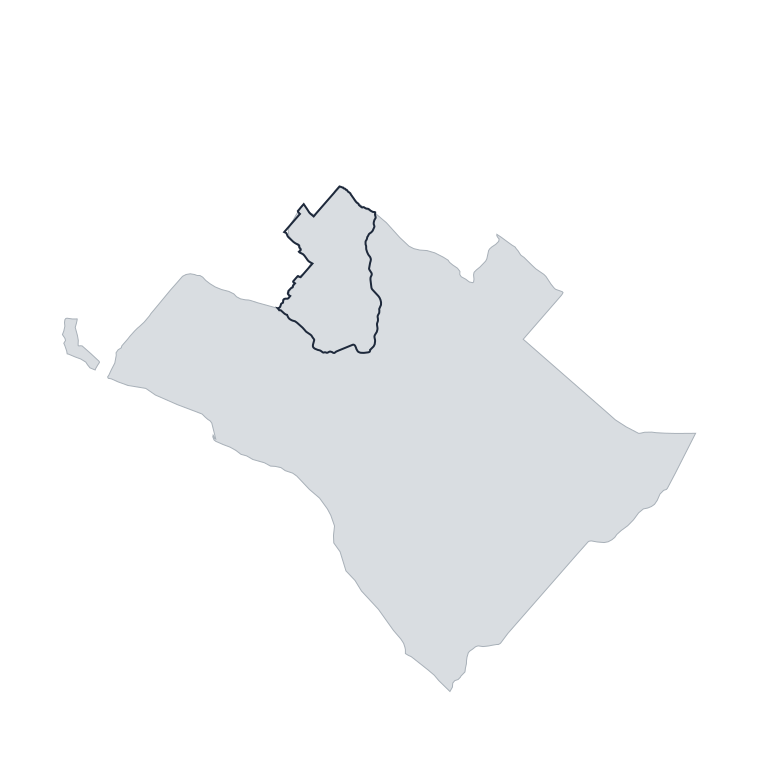 location of Lunda Norte within Angola, rotated 311°
{"feature_id": "AGO-1874", "entity_name": "Lunda Norte", "entity_type": "Province", "adm_level": 1, "iso_a3": "AGO", "parent_name": "Angola", "parent_adm1": "", "projection": "equal_earth", "projection_center": [19.689, -8.666], "detail": "fine", "context": "in_parent", "style": "outline", "palette": "slate", "viewbox_px": 768, "rotation_deg": 311, "n_neighbors": 0, "source": "natural_earth", "source_scale": "10m", "svg_char_len": 8125}
<svg xmlns="http://www.w3.org/2000/svg" viewBox="0 0 768 768"><g transform="rotate(311 384 384)"><path d="M571.0,371.0L571.7,376.5L572.3,384.1L572.8,389.6L573.2,392.0L573.4,393.3L572.9,394.7L572.4,398.0L571.5,400.9L571.0,402.9L571.4,406.6L570.7,417.6L570.5,423.0L571.6,432.7L571.4,435.7L568.9,444.6L568.1,449.0L568.0,451.3L570.6,457.9L570.4,459.2L568.4,459.6L566.7,459.7L509.1,459.7L508.8,572.6L508.7,582.1L510.5,594.8L513.8,608.6L515.2,609.9L518.6,612.4L523.3,617.6L525.9,621.5L531.2,628.3L538.4,637.0L551.2,651.5L507.8,662.4L491.2,666.3L489.7,666.3L487.2,664.8L481.9,664.5L475.6,666.5L470.7,667.1L467.0,666.2L463.4,664.4L459.9,661.7L453.8,660.7L445.2,661.4L436.9,660.9L428.9,659.1L423.1,658.4L419.7,658.8L416.0,658.2L412.0,656.7L408.7,654.1L404.7,648.6L401.6,643.4L400.8,642.7L399.8,641.9L398.8,641.6L381.7,641.4L277.0,641.1L264.9,642.0L264.0,641.8L262.4,641.2L261.4,640.0L257.9,637.1L254.9,634.8L250.8,631.0L248.1,626.8L245.9,625.5L242.0,624.8L239.0,624.0L236.6,623.9L232.4,625.8L229.3,627.8L227.0,629.7L223.1,631.8L219.8,634.0L214.0,633.7L212.8,634.0L209.6,633.8L206.5,632.0L203.4,632.1L200.1,634.5L195.2,635.5L196.1,619.9L197.2,613.0L197.1,604.8L196.1,583.4L195.2,580.5L194.6,577.0L197.6,574.4L199.1,572.4L201.2,568.9L202.6,563.9L204.2,552.9L210.3,527.6L213.0,502.8L216.7,491.1L218.0,477.9L228.6,460.9L231.1,450.4L236.6,445.2L244.4,439.8L250.0,430.0L252.6,423.2L255.6,410.3L255.5,396.8L257.3,378.7L256.8,373.5L253.8,366.3L253.3,361.1L250.5,356.0L247.6,352.2L246.1,345.4L241.0,334.6L239.6,327.4L237.1,322.2L236.7,315.8L235.3,309.1L232.8,302.4L230.4,294.8L230.3,292.4L231.8,289.5L233.3,288.6L232.8,290.0L231.8,291.8L232.1,293.1L241.5,279.7L242.1,277.1L241.7,274.1L241.7,270.6L242.0,266.4L232.9,241.7L225.7,218.7L224.4,207.1L214.9,191.7L211.1,181.8L209.0,174.8L207.4,172.2L208.0,170.8L210.4,170.5L215.8,168.9L223.2,167.1L230.0,163.1L231.8,161.3L235.4,160.9L239.1,162.0L240.5,161.2L241.3,161.1L249.9,161.1L253.5,160.9L260.2,161.0L264.4,161.3L266.8,161.7L273.3,162.4L281.4,162.3L284.3,161.9L294.9,161.7L314.8,161.2L325.2,161.3L333.1,161.3L336.8,162.8L340.1,165.5L341.6,168.0L342.3,169.1L343.3,171.8L345.1,173.9L345.7,177.1L345.2,181.5L345.5,186.8L346.5,192.9L348.7,199.4L352.1,206.2L353.5,211.6L353.1,215.5L354.1,219.8L356.6,224.2L358.4,226.5L359.4,228.3L362.3,235.1L371.4,254.1L372.7,255.0L374.7,254.7L378.9,253.9L383.1,253.7L386.1,255.4L387.3,255.1L391.8,251.9L396.2,250.9L400.9,249.6L403.3,248.2L406.1,248.2L413.8,250.8L415.2,251.0L421.4,251.0L427.5,249.5L428.4,238.6L428.5,236.4L430.0,232.3L431.9,228.8L432.1,225.3L432.0,220.7L433.4,215.0L437.5,210.5L444.2,208.4L448.0,208.0L454.0,206.7L463.1,205.4L466.5,205.6L466.7,206.2L464.8,214.1L464.8,216.6L465.5,219.2L467.0,220.6L485.2,220.9L502.6,221.8L503.6,222.2L504.3,222.7L505.4,226.6L505.2,234.2L503.5,245.3L504.1,255.6L507.1,265.2L507.3,280.0L504.9,299.8L504.4,312.4L505.7,317.7L508.6,323.2L512.9,328.9L516.3,336.3L518.6,345.5L519.5,351.2L518.8,353.6L518.9,357.7L519.6,363.5L518.8,367.4L516.4,369.3L515.6,371.9L516.7,376.9L517.0,381.5L518.7,384.5L519.8,384.7L522.2,383.1L525.1,380.0L527.4,378.7L530.7,378.9L535.3,379.7L543.4,380.1L545.9,379.5L553.4,375.4L555.4,375.1L558.4,375.5L562.6,376.7L566.9,377.0L569.0,375.7L569.2,374.0L569.9,371.9L571.0,371.0ZM231.8,109.6L231.3,110.2L227.9,112.1L224.2,113.8L219.4,120.9L216.9,124.0L216.2,124.8L214.0,126.5L212.4,127.9L212.5,128.7L213.6,129.7L214.7,131.2L214.6,142.8L214.2,154.2L213.6,155.1L210.5,155.5L206.4,156.3L205.1,156.8L204.7,155.7L203.3,151.5L204.0,147.6L204.9,144.6L203.9,138.6L201.8,133.2L199.6,126.4L198.9,125.1L200.7,122.9L203.5,118.1L204.7,115.6L207.9,115.1L209.1,113.3L209.9,110.5L210.3,108.9L213.9,107.6L218.3,105.2L220.7,102.6L223.2,101.0L224.7,100.9L225.7,101.6L228.6,106.1L231.0,108.9L231.8,109.6Z" fill="#d9dde1" stroke="#a8b0b8" stroke-width="1"/><path d="M467.1,205.4L466.4,208.0L465.6,211.0L465.1,212.7L464.4,215.0L464.2,216.9L464.3,218.9L464.3,221.0L465.7,221.0L468.0,220.9L470.3,220.9L472.5,220.9L474.8,220.9L477.1,220.9L479.3,220.9L481.6,220.9L483.9,220.9L486.1,220.9L488.4,220.9L490.7,220.9L492.9,220.9L495.2,220.9L497.5,220.8L499.7,220.8L502.0,220.8L503.1,220.8L503.7,220.8L503.7,221.0L503.8,221.2L504.0,221.3L504.2,221.5L504.4,221.8L505.1,223.8L505.3,224.1L505.5,224.5L505.4,224.8L505.2,225.1L505.2,225.3L505.4,225.8L505.6,226.1L505.8,226.4L505.8,226.9L505.8,227.2L505.6,227.6L505.6,227.8L505.7,228.0L506.0,228.4L506.0,228.7L506.0,229.2L505.7,230.1L505.6,230.5L505.6,231.1L505.6,231.3L505.7,231.5L505.8,232.0L505.8,233.5L505.7,233.9L505.3,234.5L505.2,234.7L505.1,235.5L505.0,236.0L504.7,236.9L504.4,238.3L504.0,239.8L503.7,240.8L503.4,242.1L503.2,242.8L503.0,244.6L503.2,245.7L503.2,246.2L503.1,246.7L502.7,247.5L502.6,247.9L502.7,250.8L502.8,251.5L503.1,251.9L504.1,252.6L504.3,253.1L504.4,254.1L504.6,255.0L504.9,255.7L505.7,256.9L505.9,257.5L506.0,258.2L506.0,260.0L506.4,262.0L506.6,262.7L507.5,263.9L507.8,264.7L507.6,264.9L505.8,266.2L505.3,267.0L504.6,268.0L503.9,268.7L501.4,269.2L499.5,270.1L498.5,270.8L497.8,271.5L497.6,271.9L497.4,272.3L497.0,272.9L496.4,273.6L492.3,274.9L490.2,274.9L488.6,274.5L487.2,274.3L485.4,274.8L484.8,274.9L483.9,275.0L482.3,275.9L481.4,276.2L480.1,276.4L479.5,276.6L478.6,277.3L477.3,278.5L476.4,280.0L474.1,282.1L472.5,284.7L471.5,286.9L471.2,287.9L470.8,290.0L470.3,291.1L469.6,292.2L468.3,293.1L466.2,294.1L461.3,297.0L460.9,297.5L460.6,298.3L460.3,299.2L459.8,301.0L459.5,301.9L458.9,302.7L457.9,303.3L456.3,303.7L455.2,304.2L453.9,305.3L449.1,310.6L448.4,311.4L448.1,311.9L447.8,312.5L447.6,313.6L446.7,321.9L446.5,322.9L446.2,324.0L445.2,326.1L443.8,328.1L441.8,329.8L437.4,331.2L436.3,332.4L435.5,333.0L434.6,333.7L431.6,334.4L430.5,335.1L429.3,336.6L427.7,338.0L425.5,338.9L424.7,339.3L423.8,340.2L422.2,342.1L421.5,342.8L420.6,343.4L418.5,344.4L415.4,344.9L414.6,345.1L413.7,345.5L412.8,346.4L411.4,348.3L410.6,349.1L407.9,350.9L405.6,351.5L400.0,351.1L400.5,351.4L399.6,351.8L399.1,352.0L398.3,351.8L397.5,351.3L394.4,348.5L392.8,346.6L392.1,345.6L391.7,344.5L391.4,343.5L391.5,342.5L392.1,340.8L392.4,340.0L392.9,339.3L393.7,337.6L394.0,336.6L393.9,335.7L393.6,335.1L393.2,334.7L379.9,328.0L377.0,326.6L376.1,326.5L374.9,326.2L374.4,325.6L374.1,324.8L374.0,323.8L373.2,322.1L372.6,321.6L371.3,321.1L370.7,320.9L370.3,320.6L369.9,320.1L369.6,319.3L369.2,318.6L368.0,317.7L367.7,317.0L367.6,315.2L367.5,314.4L367.4,313.9L366.9,312.8L366.3,311.7L365.3,308.7L365.2,307.6L365.3,306.5L365.8,305.6L366.5,305.0L367.3,304.5L371.0,302.7L371.5,302.4L371.9,301.6L372.3,299.6L373.0,297.4L373.0,296.0L372.5,292.0L372.4,290.8L372.5,290.0L372.7,288.8L373.1,285.6L373.2,278.4L373.0,275.9L372.5,274.7L371.9,273.5L371.5,272.3L371.2,270.7L371.1,269.6L371.3,268.5L371.6,267.5L372.0,266.7L372.2,266.2L372.6,265.5L372.3,265.0L372.0,264.0L371.8,262.9L371.9,257.7L371.2,256.9L370.9,256.5L371.1,256.0L371.3,255.5L371.3,255.0L371.3,254.6L371.4,254.1L371.6,254.5L373.4,255.0L374.2,255.0L376.9,253.8L377.8,253.9L378.9,254.4L379.3,254.3L381.2,252.9L381.7,252.8L382.7,252.9L383.6,253.5L385.2,255.3L386.1,255.6L388.9,255.5L388.7,254.4L388.7,253.3L389.0,252.3L389.5,251.8L390.0,251.7L391.3,250.9L391.8,250.8L394.1,250.9L395.6,251.0L396.8,251.6L397.2,251.6L397.7,251.4L398.4,250.9L398.9,250.8L400.8,250.8L401.0,250.8L401.6,250.8L401.4,249.2L401.5,248.4L401.9,248.1L404.1,248.1L406.6,248.1L408.8,248.1L409.1,248.3L409.2,249.5L409.4,250.0L409.9,251.0L411.3,251.0L415.2,251.0L419.2,251.0L423.2,251.0L427.2,251.0L428.0,251.0L427.3,247.7L427.2,246.6L427.3,245.3L427.8,243.4L428.1,242.2L428.7,239.6L428.8,238.5L428.8,237.5L428.5,236.4L428.2,235.3L427.9,234.1L428.0,233.0L430.2,233.3L430.7,233.1L431.2,232.5L431.5,230.8L431.9,230.1L432.0,230.1L432.9,229.1L432.9,227.8L432.1,225.0L431.9,223.5L431.8,222.2L432.1,215.4L432.4,214.1L432.8,213.3L433.6,211.8L433.8,211.1L433.7,210.7L433.2,209.0L434.8,209.0L436.1,209.0L437.4,209.0L438.7,209.0L440.0,209.0L441.3,209.0L442.7,209.0L444.0,209.0L445.3,209.0L446.6,209.0L446.9,209.0L447.9,209.0L449.2,209.0L450.5,209.0L451.8,209.0L453.1,209.0L454.4,209.0L455.8,209.0L457.2,209.0L457.2,208.4L457.4,207.0L457.5,206.4L457.8,205.8L458.0,205.5L458.4,205.5L460.0,205.5L462.6,205.4L465.3,205.4L467.1,205.4Z" fill="none" stroke="#1e293b" stroke-width="2"/></g></svg>